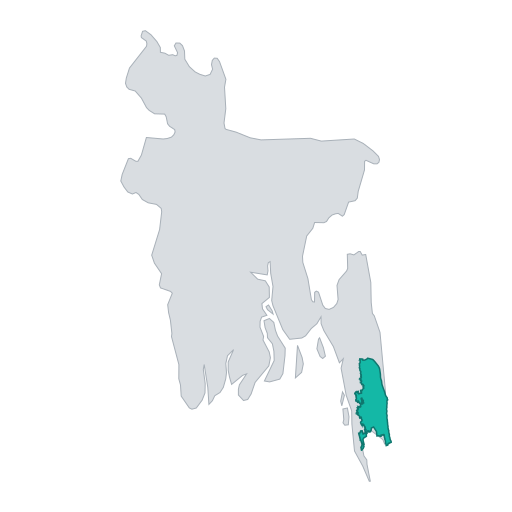 Bandarban, Chittagong, Bangladesh shown in context
{"feature_id": "16705992B23463827258150", "entity_name": "Bandarban", "entity_type": "district", "adm_level": 2, "iso_a3": "BGD", "parent_name": "Bangladesh", "parent_adm1": "Chittagong", "projection": "equal_earth", "projection_center": [92.198, 21.77], "detail": "fine", "context": "in_parent", "style": "filled", "palette": "teal", "viewbox_px": 512, "rotation_deg": 0, "n_neighbors": 0, "source": "geoboundaries", "source_scale": "gbopen_adm2", "svg_char_len": 9529}
<svg xmlns="http://www.w3.org/2000/svg" viewBox="0 0 512 512"><path d="M178.8,378.8L178.9,364.6L171.5,336.6L171.9,333.5L170.4,320.1L168.6,312.6L167.7,304.7L172.3,293.2L170.5,291.4L160.5,287.9L159.3,284.9L161.6,273.7L154.4,263.1L151.7,255.2L159.6,229.6L161.7,211.8L161.2,208.4L156.5,204.4L148.2,202.8L142.3,199.5L138.9,194.5L136.0,192.5L132.4,194.0L127.8,192.0L124.0,187.0L120.8,181.0L122.2,174.4L128.4,158.7L130.7,158.3L135.9,161.3L137.9,161.3L141.4,155.1L146.4,137.5L163.2,139.0L167.3,138.5L171.5,137.1L173.8,134.8L175.1,132.0L174.7,129.6L169.6,126.3L167.6,123.8L166.2,116.8L164.7,114.1L154.6,113.8L149.3,110.5L146.5,107.6L141.4,98.1L135.2,91.0L129.1,89.3L126.8,87.0L125.5,83.4L126.3,78.1L129.5,68.0L146.5,46.3L146.9,43.8L146.3,41.1L141.4,37.6L141.1,35.9L142.6,31.3L145.4,30.7L151.1,34.9L156.9,41.6L160.3,47.5L160.4,52.3L164.9,53.2L168.7,55.3L172.7,54.7L175.2,55.8L176.9,55.4L177.6,52.7L174.3,45.8L176.0,43.0L179.8,43.1L182.5,45.7L184.5,51.0L184.8,59.2L189.3,66.6L195.1,71.9L199.8,74.3L205.3,76.0L210.1,74.4L212.6,69.2L211.5,64.6L212.3,60.4L214.3,58.1L217.2,58.3L219.5,61.6L225.9,79.3L224.5,87.2L225.8,108.7L224.0,123.0L225.0,128.5L226.1,129.4L236.0,132.1L250.2,137.8L261.1,139.9L310.5,138.3L321.3,141.1L354.3,139.0L363.3,143.5L373.0,150.9L378.5,156.4L379.5,159.6L378.9,162.3L377.1,163.8L373.7,163.8L366.0,160.3L364.6,161.3L364.5,169.9L358.2,191.4L357.3,198.1L355.1,200.7L348.6,202.1L344.2,214.6L342.4,216.2L338.2,213.4L335.5,213.8L332.1,215.0L328.8,217.9L326.5,221.5L323.9,222.7L314.6,222.5L312.8,228.3L306.7,236.0L302.5,256.2L302.8,262.4L307.9,278.6L311.4,299.7L312.8,301.8L314.5,302.0L314.7,292.3L316.3,291.1L318.5,292.2L322.8,305.2L325.3,308.5L329.1,309.4L333.5,307.4L336.8,303.6L338.1,299.5L337.0,285.4L339.1,279.6L346.6,271.0L347.7,268.4L347.3,254.3L350.1,253.8L353.9,254.9L358.7,251.5L360.2,251.5L362.2,255.1L365.7,254.5L370.8,282.5L371.2,302.4L372.4,313.4L374.3,315.9L380.0,332.4L385.4,390.8L386.0,428.0L388.3,440.7L386.4,443.5L384.6,444.0L382.9,439.6L370.6,430.2L367.7,431.1L363.5,436.6L361.8,441.7L362.5,448.8L363.9,455.9L366.8,459.9L367.0,464.4L370.3,481.2L369.3,481.3L362.7,466.0L354.5,451.0L351.9,424.1L351.7,410.9L346.2,395.3L341.1,368.2L343.3,358.7L339.4,362.8L333.4,346.6L323.9,330.7L321.1,323.7L321.0,316.8L316.9,323.7L311.3,328.5L305.6,335.8L301.8,338.0L289.7,339.3L282.8,329.6L273.0,305.8L271.7,300.5L273.0,286.5L270.7,273.3L270.1,261.6L268.3,262.7L267.6,265.9L268.0,270.8L267.2,274.9L250.6,272.2L257.7,279.2L265.3,280.8L269.2,287.0L269.4,297.4L261.9,303.6L262.5,308.9L266.9,315.3L261.6,317.1L260.1,321.3L260.0,327.2L263.6,336.4L263.0,340.0L269.2,352.0L270.4,357.7L268.8,365.9L255.1,382.4L251.1,394.0L247.7,399.5L243.5,400.5L238.4,395.0L238.4,389.3L239.4,384.8L246.6,373.9L242.7,375.3L231.6,384.4L229.5,377.0L228.2,370.3L228.2,362.0L233.6,349.6L227.5,355.7L225.8,363.5L226.5,372.6L225.7,379.0L223.3,387.4L220.0,392.5L214.8,395.7L212.4,400.7L208.9,404.4L207.8,387.4L204.2,364.5L203.3,369.4L205.2,383.6L205.0,392.9L202.1,400.2L196.3,408.0L191.9,409.2L189.3,407.9L181.2,396.1L180.5,385.0L178.8,378.8ZM279.8,379.1L269.6,381.9L264.4,381.0L274.2,360.5L273.9,351.3L272.4,343.8L267.5,337.7L267.3,333.4L265.1,327.6L264.0,320.7L269.4,318.5L273.8,322.4L275.4,330.2L277.6,336.1L285.2,348.1L285.0,355.5L282.9,373.6L279.8,379.1ZM301.6,372.4L295.4,377.9L297.5,345.4L302.1,357.5L303.3,363.9L301.6,372.4ZM325.4,356.2L322.7,358.5L320.1,356.5L316.9,348.8L318.5,339.2L319.6,337.8L323.4,347.7L325.4,356.2ZM348.3,424.8L344.8,425.2L343.0,422.8L343.8,419.6L342.9,409.0L347.4,408.0L349.0,416.8L348.3,424.8ZM344.4,395.3L341.8,405.8L340.7,401.1L342.5,391.9L344.4,395.3ZM272.1,310.7L273.1,314.1L267.5,309.7L266.0,306.7L268.5,305.0L272.1,310.7Z" fill="#d9dde1" stroke="#a8b0b8" stroke-width="1"/><path d="M387.2,397.8L386.2,396.5L385.6,395.4L385.1,393.8L384.6,391.9L382.8,387.0L381.9,384.2L381.5,380.8L380.8,378.9L380.5,377.2L380.4,374.1L379.6,368.9L379.1,367.5L378.3,366.0L374.7,361.5L373.1,359.8L372.5,359.4L367.7,358.2L366.7,359.2L364.4,360.2L363.5,360.2L362.7,360.1L362.7,359.7L362.8,359.2L362.3,359.0L359.8,358.9L359.8,359.9L359.7,360.0L360.1,360.1L360.3,360.8L360.2,361.0L360.2,361.5L360.1,361.4L360.0,362.9L359.3,363.7L359.5,364.2L359.4,365.2L359.7,365.9L359.6,366.3L359.6,367.3L359.3,367.8L359.7,368.5L360.0,368.8L359.9,369.0L359.8,370.0L360.1,370.3L360.2,370.9L360.5,371.0L360.9,371.9L360.8,372.2L360.8,372.4L360.4,373.2L360.7,373.6L360.8,374.6L361.2,374.6L361.3,375.1L360.7,376.1L360.8,376.5L361.1,376.5L361.0,376.8L361.3,376.9L361.4,377.3L361.2,377.9L360.5,378.3L360.4,378.7L360.1,378.8L359.9,378.5L359.5,379.0L359.8,379.2L360.9,379.5L360.8,379.9L360.4,380.3L360.4,380.7L360.9,380.6L360.9,380.9L361.6,381.1L361.5,381.6L361.2,382.0L361.2,382.3L360.7,382.7L361.0,382.8L361.3,383.2L361.3,383.4L361.7,384.2L361.9,383.9L362.0,384.0L362.6,384.2L362.7,384.7L363.1,384.7L363.1,385.5L363.7,385.5L363.9,385.7L363.8,386.1L363.2,386.2L363.0,387.0L363.6,387.4L363.6,387.8L363.8,388.1L362.7,389.2L362.5,389.8L362.8,389.9L362.2,390.0L362.1,390.4L361.9,390.6L361.6,390.5L361.5,390.3L361.0,390.2L360.6,390.4L360.6,390.6L360.8,390.8L360.8,391.4L361.0,391.5L360.9,392.0L361.3,392.8L361.5,392.7L361.5,393.2L361.1,393.3L360.9,393.1L360.1,393.4L359.9,393.3L359.7,393.5L359.3,393.5L358.9,393.9L358.3,393.4L358.2,392.9L357.9,392.9L357.8,392.7L357.9,392.2L358.1,392.1L358.0,391.8L358.3,391.5L358.2,391.3L357.7,391.5L357.5,392.0L357.1,392.3L356.9,392.0L356.8,392.3L356.4,392.0L356.0,392.4L355.7,392.1L354.8,393.3L354.8,393.8L355.4,393.9L355.5,394.3L355.7,394.5L355.7,394.8L356.0,394.9L355.9,395.8L356.2,395.8L356.1,396.1L356.3,396.9L356.1,397.3L356.3,397.6L356.5,398.7L356.4,399.2L356.0,399.3L355.8,399.8L356.0,400.0L355.8,400.5L356.0,401.1L356.6,401.1L357.0,401.3L357.3,401.2L357.3,401.8L357.6,402.4L358.5,402.3L358.6,402.1L358.8,402.1L358.8,401.9L359.5,402.9L359.6,403.5L360.0,403.6L360.5,403.4L361.0,403.8L361.0,403.4L361.5,403.1L361.5,402.7L361.8,402.5L362.0,402.7L362.0,403.5L362.4,403.7L362.4,403.3L362.1,402.2L362.1,401.9L361.8,401.5L361.9,401.0L361.7,400.8L361.8,400.2L361.5,399.6L361.3,399.4L361.1,398.7L361.2,398.3L361.8,398.1L362.1,398.7L362.0,399.3L361.8,399.1L362.1,399.6L362.2,400.3L362.4,400.3L362.5,399.9L362.8,399.9L363.0,400.4L363.3,400.5L363.2,401.5L363.4,402.4L363.7,402.9L363.2,403.2L362.9,402.9L362.7,403.0L362.5,403.8L362.3,403.9L361.9,403.5L361.9,402.7L361.6,402.7L361.5,403.2L361.1,403.5L361.0,404.0L360.7,404.3L360.7,404.8L360.4,405.9L360.5,406.1L360.4,406.1L360.5,406.4L360.7,406.7L360.5,407.0L359.8,406.9L359.5,407.1L359.4,406.8L358.1,406.5L358.4,407.1L357.9,407.0L357.7,407.3L358.0,407.6L358.2,408.3L357.5,408.2L357.9,408.8L358.0,409.3L357.6,409.1L357.4,409.3L357.2,409.6L357.3,410.0L357.2,410.2L356.7,410.6L357.0,411.0L357.2,410.9L357.3,411.6L357.1,411.8L357.5,411.8L357.5,412.0L357.8,412.4L357.6,412.4L357.6,412.8L357.2,413.0L357.9,413.1L358.0,413.6L357.1,414.1L357.6,414.3L357.8,414.9L358.6,415.1L358.8,415.6L359.5,416.1L359.7,417.0L359.6,417.5L359.9,417.6L359.9,417.9L360.6,417.5L360.7,417.1L361.1,417.1L361.4,417.6L361.4,418.2L361.2,418.5L361.4,418.6L361.4,418.8L361.6,419.1L361.7,419.7L362.1,420.0L361.7,421.1L361.0,421.6L360.8,422.0L360.6,422.2L360.6,422.8L361.0,423.7L361.3,423.9L361.2,424.3L361.5,424.8L362.0,424.5L361.9,424.8L362.1,425.3L362.2,424.6L362.5,424.5L362.6,424.2L363.1,424.3L363.1,425.2L363.5,425.0L364.0,425.1L364.0,425.5L364.3,425.8L364.3,426.7L364.6,427.1L364.7,426.8L364.9,426.8L364.9,427.1L365.2,427.3L365.3,427.6L365.2,428.0L365.4,428.5L365.2,428.8L365.5,429.2L365.0,429.1L365.1,429.5L364.7,429.6L364.9,430.1L364.9,431.0L365.4,431.2L365.2,432.2L365.7,432.6L365.7,433.2L365.1,433.5L364.2,433.2L363.8,433.7L363.1,434.0L362.9,433.5L362.9,433.1L362.7,432.8L362.3,431.2L362.0,431.4L361.8,430.8L361.1,430.9L360.9,430.8L360.4,431.3L360.4,431.8L360.3,432.0L360.4,432.3L359.8,432.8L359.7,433.3L359.3,433.0L358.7,433.2L358.8,433.5L359.0,434.8L359.4,435.9L359.7,437.3L359.8,437.2L360.0,437.7L360.2,439.1L360.2,439.4L360.3,439.3L360.5,439.5L360.5,440.2L361.1,441.2L361.3,441.3L361.3,442.0L361.7,442.3L361.6,442.6L361.9,443.1L361.8,443.4L361.9,443.5L362.4,443.4L362.6,443.8L362.4,443.9L362.5,444.3L361.9,444.9L362.0,445.1L361.7,445.9L361.8,446.3L361.2,446.8L361.2,447.2L361.0,447.4L361.1,447.6L361.0,447.8L361.1,448.2L361.2,448.5L361.3,449.0L361.5,449.1L361.3,449.8L361.5,450.2L361.8,450.2L362.1,449.6L363.1,448.5L363.4,447.9L363.6,447.1L363.8,447.0L364.0,446.5L363.6,445.2L364.1,444.5L362.9,439.6L363.7,438.0L366.4,436.3L366.3,434.1L367.1,433.3L367.0,431.1L368.4,430.9L368.7,431.7L369.0,431.4L369.4,431.9L369.7,431.6L370.5,431.8L370.6,431.7L370.5,431.2L370.4,431.4L370.4,430.8L370.8,430.7L371.1,430.5L371.4,428.0L373.6,427.0L376.4,431.4L377.0,436.0L378.2,435.7L380.5,436.3L381.2,436.1L381.1,435.1L382.6,434.8L382.6,435.1L383.0,435.2L383.4,434.9L383.8,434.5L384.0,434.6L384.3,435.5L384.2,436.1L384.4,436.7L384.5,437.8L384.9,438.5L384.8,439.2L385.1,439.7L385.4,441.2L385.6,442.1L385.5,442.5L385.6,443.4L385.9,443.9L386.2,445.6L387.2,445.3L387.4,445.2L387.8,445.0L387.7,444.5L388.2,444.0L388.2,443.6L388.3,443.6L388.9,443.2L389.1,443.3L389.3,443.0L389.5,443.1L391.2,442.3L391.1,441.3L390.2,439.6L389.8,437.4L389.4,436.5L389.3,435.1L389.4,434.4L389.0,433.3L388.7,431.7L388.8,431.0L388.7,430.9L388.7,430.3L388.3,429.6L388.3,429.1L387.9,427.3L388.0,426.8L388.0,426.3L387.6,424.2L387.6,422.9L387.4,421.7L387.3,419.9L387.0,418.8L386.9,417.0L387.1,415.8L386.5,413.3L386.9,411.2L386.8,410.5L386.5,409.5L386.7,407.9L386.9,407.3L386.7,406.3L386.9,406.0L386.8,405.3L387.1,403.3L387.0,402.4L386.9,402.2L387.0,400.5L387.7,399.9L387.6,399.6L387.3,399.3L387.2,397.8Z" fill="#14b8a6" stroke="#0f766e" stroke-width="1.5"/></svg>